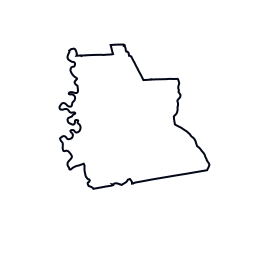 Zvoristea, Suceava, Romania, rotated 210°
{"feature_id": "2599482B58629353331319", "entity_name": "Zvoristea", "entity_type": "district", "adm_level": 2, "iso_a3": "ROU", "parent_name": "Romania", "parent_adm1": "Suceava", "projection": "robinson", "projection_center": [26.291, 47.82], "detail": "fine", "context": "isolated", "style": "outline", "palette": "ink", "viewbox_px": 256, "rotation_deg": 210, "n_neighbors": 0, "source": "geoboundaries", "source_scale": "gbopen_adm2", "svg_char_len": 5890}
<svg xmlns="http://www.w3.org/2000/svg" viewBox="0 0 256 256"><g transform="rotate(210 128 128)"><path d="M217.6,165.6L217.0,164.9L216.9,164.7L216.8,164.4L216.5,161.4L216.2,160.1L216.0,159.4L215.5,158.7L215.2,158.3L214.1,157.6L213.8,157.5L213.2,157.4L212.2,157.3L209.5,157.3L209.2,157.4L208.2,158.0L207.6,158.0L206.8,157.8L206.2,157.5L206.0,157.2L205.7,156.6L205.4,155.8L205.3,154.8L205.3,154.5L207.1,152.7L207.3,152.3L207.3,151.5L207.3,150.7L207.0,149.9L206.5,149.0L205.8,148.3L204.8,147.6L203.2,146.7L201.8,146.2L200.5,145.8L197.3,145.5L196.9,145.3L196.7,145.0L196.7,144.6L197.2,142.7L197.3,141.9L197.3,141.4L197.0,140.7L196.7,140.4L195.6,139.8L194.9,139.5L193.1,139.3L192.7,139.1L190.2,135.7L189.7,134.8L189.6,134.1L189.6,133.6L189.7,133.1L190.1,132.6L190.7,132.2L191.5,131.8L193.7,131.3L194.7,130.9L195.5,130.4L195.9,130.1L196.4,129.6L196.6,129.2L196.6,128.6L196.6,128.4L196.4,128.1L196.0,127.9L195.7,127.9L195.0,128.1L193.6,129.0L193.0,129.2L192.3,129.3L191.5,129.3L190.5,129.0L189.6,128.6L189.3,128.2L188.7,127.3L188.5,126.7L188.2,125.5L188.2,124.9L188.3,124.2L188.4,123.8L188.7,123.1L188.8,122.4L188.7,121.8L188.0,119.6L187.9,118.9L188.0,118.3L188.3,117.9L189.0,117.4L189.8,117.1L190.3,117.0L191.5,117.0L193.2,117.5L194.6,117.8L195.2,117.7L195.9,117.6L196.7,117.1L197.2,116.6L197.6,115.9L197.7,114.9L197.7,114.5L197.8,114.2L197.9,113.0L197.8,112.0L197.5,111.4L196.9,110.8L196.3,110.4L195.9,110.3L195.3,110.4L193.9,111.1L193.5,111.4L192.8,112.2L192.1,112.9L191.3,113.4L190.8,113.7L190.1,113.8L189.1,113.8L188.4,113.5L186.6,112.7L185.6,112.7L184.7,112.9L183.4,114.0L182.6,114.5L182.1,114.7L181.5,114.7L181.1,114.5L181.0,114.1L181.0,113.9L181.5,113.1L182.1,112.0L182.3,111.4L182.4,110.1L182.4,109.8L182.8,109.3L183.3,108.7L184.4,107.2L184.6,106.8L184.7,106.3L184.7,105.9L184.7,105.4L184.5,104.9L184.0,104.3L183.1,103.5L182.2,102.9L181.7,102.8L178.3,103.1L177.6,103.3L177.1,103.5L176.8,103.9L176.6,104.4L176.5,104.9L176.5,105.6L176.7,106.3L177.4,107.4L177.5,107.8L177.5,108.2L177.2,108.8L176.4,109.3L175.4,109.6L174.9,109.5L174.7,109.2L174.6,108.7L174.6,107.8L174.5,107.6L174.2,107.3L173.6,107.0L172.1,106.8L171.3,106.5L170.1,105.7L169.6,105.1L169.4,104.8L169.0,104.0L168.8,103.4L168.6,102.6L168.5,101.5L168.7,100.7L168.9,100.0L169.3,99.4L169.8,98.8L170.5,98.2L171.2,98.1L171.9,98.2L173.4,98.8L173.8,98.8L174.4,98.8L175.1,98.4L175.8,98.0L176.2,97.6L176.4,97.0L176.4,96.6L176.2,96.5L175.8,96.1L175.3,95.9L173.3,95.3L172.7,94.9L172.2,94.4L171.8,93.3L171.6,92.3L171.6,91.9L171.7,91.0L172.0,90.5L173.4,88.9L174.0,88.5L174.5,88.3L175.3,88.3L176.1,88.6L177.0,89.0L177.5,89.2L178.7,89.2L179.5,88.9L180.2,88.4L180.4,88.2L181.0,86.7L181.5,85.9L181.6,85.0L181.4,84.8L180.8,84.1L180.1,83.6L179.6,83.3L177.7,82.7L177.3,82.4L176.8,82.0L176.5,81.7L174.4,77.7L173.6,76.8L172.7,76.0L172.3,75.9L171.8,76.0L171.3,76.3L170.4,77.3L169.5,77.7L168.3,78.0L167.0,77.7L165.0,77.0L163.9,76.4L162.8,75.8L162.3,75.2L162.0,74.6L162.0,74.0L162.0,73.3L162.1,72.5L162.5,70.7L162.9,68.8L162.9,68.3L162.8,67.5L162.1,66.0L161.6,65.5L160.6,64.8L159.1,64.1L158.4,63.2L158.1,63.0L157.7,63.0L157.4,63.0L156.9,63.4L155.8,66.2L154.1,68.8L153.5,69.5L151.6,71.2L149.7,73.5L148.5,74.9L147.5,74.2L146.9,73.8L145.2,70.7L144.2,69.2L141.2,65.8L140.0,64.8L139.9,64.7L139.6,64.7L139.0,64.3L137.3,63.7L136.1,64.0L135.3,63.7L134.9,63.5L134.7,62.4L134.8,62.0L134.8,61.8L135.3,61.0L135.4,60.5L135.3,60.1L134.9,59.5L134.2,58.8L133.3,58.2L132.9,58.1L132.4,58.2L131.9,58.4L131.5,58.4L130.4,58.6L130.2,58.6L128.4,58.5L128.0,58.3L127.6,58.0L119.0,65.3L118.4,65.9L113.8,69.5L112.4,71.0L112.9,71.3L113.3,71.4L112.8,71.6L111.5,73.7L110.8,74.1L110.1,74.3L109.6,74.7L109.2,74.8L108.1,74.9L107.6,75.1L106.7,75.1L106.3,75.4L105.1,75.4L105.0,75.5L105.0,75.8L103.1,79.1L102.4,80.6L102.3,81.2L102.3,83.1L101.7,83.8L100.9,84.8L98.7,83.9L97.5,83.1L96.7,81.8L95.9,82.4L96.0,82.7L94.9,83.8L94.3,84.5L86.5,91.1L82.2,94.8L78.0,98.3L62.5,111.1L55.0,117.2L38.4,131.0L38.5,131.8L38.6,134.2L38.8,135.4L39.0,136.5L39.3,137.1L40.7,138.0L43.7,139.5L43.9,139.7L44.0,139.9L44.6,140.4L46.6,141.7L47.8,142.8L48.3,143.2L49.3,143.8L50.2,144.2L52.9,145.1L55.1,146.1L56.3,146.4L57.4,146.7L59.0,146.8L62.1,149.5L62.7,150.2L63.6,150.8L64.5,151.3L64.6,151.5L66.3,152.1L68.9,152.4L72.0,153.8L73.3,153.9L74.7,154.3L75.3,154.4L79.8,154.6L81.4,154.8L82.7,154.8L85.6,154.6L88.2,154.5L89.1,154.8L89.3,154.7L92.8,159.0L93.5,160.1L94.1,160.9L93.8,162.3L93.5,162.9L93.5,163.5L93.3,164.1L93.2,165.1L93.5,166.8L93.8,167.5L94.0,168.2L94.4,169.0L94.7,169.5L95.7,171.2L95.9,172.3L96.2,173.0L97.4,174.9L97.9,175.2L98.4,175.7L98.9,176.4L99.0,176.8L98.8,177.4L98.8,178.1L98.4,179.9L98.3,180.9L98.4,181.4L98.6,181.9L99.0,182.8L100.8,183.8L102.0,184.3L102.3,184.5L102.7,186.0L104.1,187.3L104.9,188.4L105.3,189.5L105.8,191.9L106.2,192.5L107.6,194.0L108.8,195.0L109.5,195.4L112.4,193.6L117.1,191.0L118.9,189.7L123.0,187.2L128.8,183.7L130.5,182.5L130.9,182.4L131.7,182.1L131.8,181.9L132.2,181.8L132.1,181.5L134.4,180.0L134.6,179.9L135.9,178.9L137.3,178.1L138.6,177.2L142.3,179.7L147.7,183.0L149.3,184.1L151.9,185.7L154.3,187.3L155.2,187.9L155.6,188.2L156.8,188.8L158.1,189.7L159.8,190.7L160.8,191.5L162.7,191.4L163.1,191.1L163.5,191.5L165.1,193.3L165.6,193.6L166.2,193.6L166.7,193.8L167.0,193.6L167.3,193.6L167.5,193.4L167.9,193.4L168.9,194.3L169.9,195.8L170.4,196.1L170.8,196.5L171.1,196.7L171.8,197.6L172.3,198.0L172.5,197.8L172.9,197.1L173.7,198.0L180.2,194.1L184.5,191.2L182.1,188.7L180.0,186.5L179.7,186.2L177.9,184.5L179.2,183.4L181.1,182.1L183.3,180.7L185.3,179.3L187.1,178.3L187.6,178.1L189.1,177.2L189.6,176.9L191.2,176.0L193.4,174.6L196.6,172.6L200.9,169.9L200.9,169.7L201.3,169.6L203.8,167.9L204.0,167.4L204.4,167.0L204.9,167.4L208.7,164.8L208.7,165.4L209.0,165.7L209.2,165.9L209.2,166.4L209.4,166.7L211.7,168.9L212.3,169.3L213.5,169.8L214.1,169.8L214.7,169.6L215.4,168.9L216.5,168.1L216.9,167.2L217.1,167.0L217.1,166.4L217.6,165.6Z" fill="none" stroke="#020617" stroke-width="2"/></g></svg>